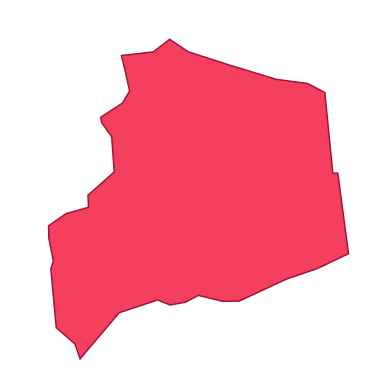 outline of Madaoua, Tahoua, Niger, rotated 174°
{"feature_id": "23599985B88186704259068", "entity_name": "Madaoua", "entity_type": "district", "adm_level": 2, "iso_a3": "NER", "parent_name": "Niger", "parent_adm1": "Tahoua", "projection": "natural_earth1", "projection_center": [6.217, 14.01], "detail": "fine", "context": "isolated", "style": "filled", "palette": "rose", "viewbox_px": 384, "rotation_deg": 174, "n_neighbors": 0, "source": "geoboundaries", "source_scale": "gbopen_adm2", "svg_char_len": 631}
<svg xmlns="http://www.w3.org/2000/svg" viewBox="0 0 384 384"><g transform="rotate(174 192 192)"><path d="M49.5,277.0L65.7,287.8L96.6,295.3L142.2,314.6L181.0,331.8L198.2,346.2L215.9,335.4L247.9,335.1L245.6,317.7L243.5,298.9L251.7,287.8L275.1,275.8L274.4,270.1L266.1,255.4L266.3,249.9L267.2,220.1L295.8,199.6L296.5,187.6L319.4,183.7L338.2,173.4L339.2,161.1L337.1,137.6L340.4,130.4L341.2,71.3L324.2,53.0L320.7,37.8L309.4,48.6L276.9,79.6L237.6,88.2L225.5,81.9L210.1,83.1L196.4,88.5L173.0,80.1L156.4,78.6L107.5,95.4L75.1,102.9L42.8,114.3L45.0,195.5L50.0,196.0L49.5,277.0Z" fill="#f43f5e" stroke="#9f1239" stroke-width="1.5"/></g></svg>